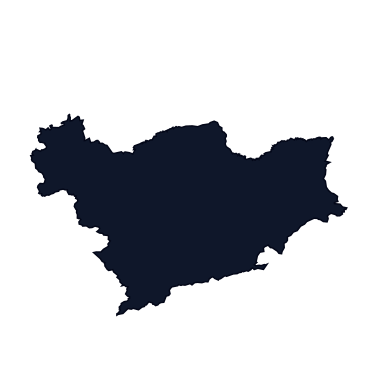 Rionegro, Antioquia, Colombia, rotated 257°
{"feature_id": "7082276B44493492234121", "entity_name": "Rionegro", "entity_type": "district", "adm_level": 2, "iso_a3": "COL", "parent_name": "Colombia", "parent_adm1": "Antioquia", "projection": "equal_earth", "projection_center": [-75.409, 6.146], "detail": "fine", "context": "isolated", "style": "filled", "palette": "ink", "viewbox_px": 384, "rotation_deg": 257, "n_neighbors": 0, "source": "geoboundaries", "source_scale": "gbopen_adm2", "svg_char_len": 5974}
<svg xmlns="http://www.w3.org/2000/svg" viewBox="0 0 384 384"><g transform="rotate(257 192 192)"><path d="M222.7,44.6L221.7,45.4L221.8,46.6L221.1,47.6L221.8,49.7L221.1,51.9L221.8,54.0L221.9,56.5L222.9,58.8L222.8,62.3L223.9,63.1L223.8,67.1L222.7,68.8L222.1,71.0L220.7,70.6L217.4,71.5L216.5,74.4L216.1,74.5L216.5,75.9L214.3,76.7L214.0,78.2L212.0,77.2L210.5,78.9L208.6,78.6L206.7,75.2L204.4,74.1L201.0,75.1L200.5,75.8L198.1,74.9L195.6,75.3L192.4,74.4L191.5,75.8L191.6,76.6L190.2,77.5L188.3,75.1L186.1,74.9L184.9,77.2L183.4,77.8L182.8,81.5L180.3,83.9L179.9,86.7L180.6,89.8L178.7,93.4L177.3,93.9L176.0,92.8L174.8,90.4L172.8,92.7L171.8,95.7L170.0,96.2L168.6,100.2L167.6,100.7L164.6,99.8L162.7,101.4L160.2,98.4L157.9,98.5L156.1,92.9L154.0,89.7L155.1,85.2L155.1,82.5L147.7,87.7L144.6,88.9L142.6,91.3L142.3,90.6L139.8,91.0L139.6,90.5L135.7,92.0L134.3,93.2L134.2,97.3L131.7,97.7L127.1,101.3L125.8,99.7L122.7,102.0L120.5,101.6L117.4,103.8L116.4,102.6L116.5,105.0L114.8,106.3L114.0,108.3L112.1,106.7L110.4,106.7L107.6,104.4L105.1,105.8L103.9,107.6L102.6,107.3L102.5,106.0L100.9,105.6L100.2,104.2L100.4,101.3L99.3,98.0L97.7,97.6L96.2,95.2L95.4,95.6L94.3,94.8L93.6,95.6L92.7,95.4L92.2,94.3L91.1,93.8L90.2,91.4L88.9,91.1L89.4,92.6L89.2,97.4L92.8,103.3L91.5,106.6L91.9,108.5L89.3,113.4L91.1,117.4L91.2,119.9L92.4,120.8L92.3,122.2L94.7,125.1L92.8,128.6L91.6,128.5L91.0,129.8L89.5,131.0L89.7,133.3L90.9,134.9L91.3,137.0L90.9,139.7L96.4,143.4L96.5,146.2L97.1,146.2L97.7,147.7L101.3,147.7L103.0,149.4L104.1,151.1L103.9,157.0L104.8,158.0L103.5,160.3L103.7,161.7L102.8,164.3L103.2,169.5L101.5,171.1L103.1,174.2L102.8,177.0L101.4,181.3L101.7,184.9L100.9,187.3L103.3,189.1L104.5,191.6L104.7,193.3L102.6,194.8L100.3,197.9L101.0,198.5L101.1,200.3L103.1,205.3L102.1,206.7L102.9,213.8L102.3,217.7L102.9,219.6L102.7,221.9L103.5,222.8L102.8,224.1L103.1,227.6L102.2,228.9L103.2,232.1L103.9,232.3L104.3,233.9L102.5,235.2L102.9,239.0L100.5,244.2L104.7,248.8L104.4,247.1L105.0,246.2L104.7,242.8L105.5,240.9L105.7,237.6L107.1,236.4L108.8,239.3L109.3,238.6L115.1,241.3L118.1,244.6L117.9,248.6L121.2,248.9L122.3,250.3L123.1,254.2L120.2,255.9L119.6,257.7L115.2,261.8L112.7,262.9L111.7,265.4L113.7,266.3L117.0,269.3L121.3,270.0L122.1,272.7L123.5,274.1L126.9,274.9L127.6,278.5L130.2,281.7L130.7,285.8L134.3,290.1L135.4,294.4L137.4,297.1L139.0,305.0L138.0,308.5L137.0,308.9L136.3,310.8L133.7,313.3L132.5,316.9L135.3,318.6L138.4,318.6L139.4,320.8L140.0,322.7L137.3,327.5L136.6,327.4L136.1,328.2L135.6,330.7L136.7,333.6L138.6,333.5L138.4,335.9L140.5,336.2L140.9,336.7L140.4,338.0L141.7,339.2L143.5,335.3L146.8,333.5L148.6,328.2L149.3,328.1L149.9,329.3L150.0,332.0L152.1,331.7L155.0,332.8L158.5,329.7L159.6,327.6L162.9,325.3L166.5,323.9L172.6,324.4L175.3,322.9L179.1,325.9L183.7,327.4L185.5,326.8L187.1,328.5L188.6,328.9L189.9,333.0L192.2,328.6L197.2,333.0L197.7,332.0L200.2,332.9L207.1,338.0L209.4,338.0L209.8,339.6L211.8,341.4L212.0,340.9L212.9,341.6L214.0,341.3L214.2,340.4L213.7,339.1L212.8,338.5L212.3,336.6L214.7,334.9L215.2,332.2L214.7,330.0L215.5,330.5L215.8,328.5L216.4,329.0L216.7,328.2L216.5,325.2L215.8,324.7L216.4,322.3L215.8,320.7L216.6,320.5L216.7,317.8L216.1,317.5L216.6,316.7L215.5,314.6L217.6,313.5L217.6,312.0L218.9,312.0L218.9,310.5L219.8,310.1L219.5,309.3L220.5,307.5L219.6,307.8L219.5,307.3L220.5,306.4L219.8,305.8L221.1,305.2L219.7,303.5L222.0,300.4L220.7,298.1L221.0,296.6L220.2,296.0L220.3,294.4L221.2,293.2L220.7,292.1L221.7,291.2L220.6,288.4L221.0,286.9L219.6,285.8L219.0,284.1L219.3,282.9L218.2,282.7L218.7,281.6L218.0,282.0L217.3,279.9L216.6,280.2L216.1,279.5L215.6,280.4L215.2,278.6L213.5,278.0L213.6,272.7L213.0,271.0L212.2,271.4L211.4,269.8L212.1,268.0L210.9,266.5L209.9,266.9L210.0,265.4L208.8,264.6L209.8,264.2L210.1,262.6L209.3,262.7L209.7,261.2L208.8,260.9L209.0,260.1L210.1,259.5L209.4,258.1L211.0,257.9L211.7,256.6L211.5,252.4L212.4,251.3L213.6,251.7L213.3,250.8L214.2,251.0L214.5,251.9L215.2,251.6L214.9,249.8L215.7,249.3L215.7,248.2L216.4,248.3L216.7,246.7L217.7,246.9L217.3,245.2L218.6,246.0L218.5,244.5L219.7,243.6L219.5,242.4L220.6,240.7L220.2,240.0L225.1,238.6L228.5,235.5L231.4,235.1L233.9,236.6L236.7,236.3L238.7,238.0L240.3,238.2L243.2,236.6L243.8,235.4L245.5,234.9L247.8,235.5L250.0,233.1L253.9,232.4L256.0,229.5L255.5,225.4L254.5,223.8L255.0,217.3L254.3,212.3L256.3,207.2L257.5,200.9L257.2,196.4L258.6,193.8L258.3,192.4L259.3,191.2L257.9,188.2L259.3,188.0L258.4,186.0L258.4,184.2L257.9,183.9L257.9,182.3L256.5,181.3L257.6,180.9L257.0,178.4L257.8,177.4L256.9,176.8L257.6,174.7L256.9,173.4L257.2,172.3L256.7,170.1L254.4,169.6L254.8,167.6L251.8,165.0L252.1,163.0L251.3,161.1L252.3,159.5L251.1,158.4L252.1,158.1L250.9,157.2L251.5,156.0L251.2,154.2L250.5,155.0L250.2,154.6L250.8,153.4L249.9,146.3L248.4,144.9L247.5,145.6L246.4,144.6L246.1,146.2L242.3,142.9L244.4,139.8L246.0,135.9L245.9,134.9L244.8,133.8L247.0,132.3L247.1,124.6L247.9,123.1L256.5,119.6L257.4,117.7L259.5,115.8L260.4,112.5L261.5,112.9L263.4,111.8L263.6,110.3L262.6,107.6L263.0,104.3L267.4,104.0L266.2,99.8L266.3,98.7L268.7,99.6L276.5,99.0L277.7,101.5L281.2,100.8L282.6,99.8L286.5,102.1L286.9,98.8L290.3,98.9L291.3,97.9L288.5,91.2L288.7,89.3L292.4,90.2L293.3,89.2L294.5,90.2L295.1,89.9L294.4,88.6L291.7,87.9L289.5,86.4L289.3,81.8L288.5,80.2L287.8,80.6L288.5,82.5L286.1,82.7L285.4,78.6L284.6,76.9L286.4,70.0L288.4,70.7L288.8,70.1L288.3,68.4L285.3,69.1L284.4,68.0L284.6,67.3L286.8,66.2L285.4,63.6L287.4,60.9L288.3,58.3L286.0,58.4L285.1,57.3L284.9,58.3L282.9,58.2L282.0,56.9L281.4,54.5L279.6,53.9L279.0,54.8L276.6,54.2L274.6,55.1L274.1,57.1L272.4,59.8L271.7,59.4L269.2,60.6L267.3,59.7L266.5,56.1L266.9,55.2L265.8,53.4L268.0,50.5L268.1,49.7L268.8,49.6L267.7,48.5L267.3,46.1L265.2,44.8L263.6,45.6L263.7,43.1L261.0,43.7L260.1,43.0L258.4,43.1L255.2,45.8L250.4,45.1L248.6,46.6L246.3,47.4L244.5,50.0L241.8,51.1L239.8,51.0L237.7,52.1L234.0,50.2L233.6,48.7L234.5,45.9L232.9,43.5L231.3,42.6L227.0,43.7L225.3,42.4L224.4,43.4L224.1,46.1L223.7,45.0L222.7,44.6Z" fill="#0f172a" stroke="#020617" stroke-width="1.5"/></g></svg>